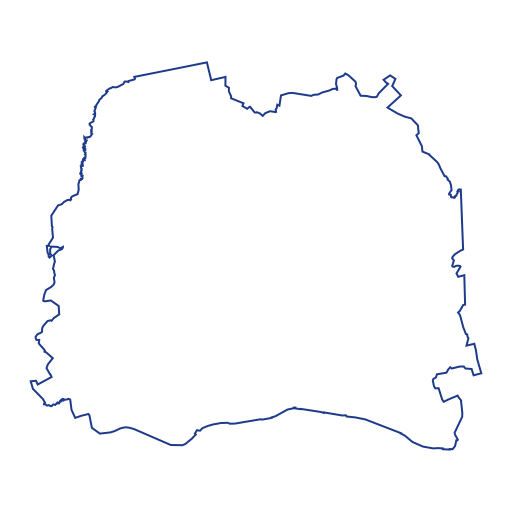 Remtes pag., Brocenu, Latvia (orthographic projection)
{"feature_id": "27541924B53192236746311", "entity_name": "Remtes pag.", "entity_type": "district", "adm_level": 2, "iso_a3": "LVA", "parent_name": "Latvia", "parent_adm1": "Brocenu", "projection": "orthographic", "projection_center": [22.675, 56.753], "detail": "fine", "context": "isolated", "style": "outline", "palette": "blue", "viewbox_px": 512, "rotation_deg": 0, "n_neighbors": 0, "source": "geoboundaries", "source_scale": "gbopen_adm2", "svg_char_len": 5803}
<svg xmlns="http://www.w3.org/2000/svg" viewBox="0 0 512 512"><path d="M46.0,290.1L44.3,294.7L43.2,300.5L43.5,301.0L44.8,301.3L50.9,300.5L58.7,306.0L59.2,314.4L53.6,318.2L51.6,320.8L50.3,320.3L47.5,321.1L43.3,325.9L42.5,327.4L42.1,328.7L42.1,331.3L41.8,332.2L37.5,334.3L35.6,336.8L35.7,338.0L36.1,339.5L37.1,340.0L39.2,339.9L39.1,341.6L38.7,343.0L38.9,343.6L44.2,349.6L45.0,350.9L44.5,351.7L46.3,352.5L52.8,358.2L47.9,364.3L46.5,368.1L50.0,374.2L50.3,374.2L51.6,377.0L37.7,384.5L36.0,380.8L30.7,381.3L32.9,388.8L42.9,399.0L45.0,402.7L44.0,403.8L44.0,404.3L45.4,404.4L47.0,405.6L48.8,405.1L50.8,406.2L52.0,405.9L52.4,405.2L53.3,404.4L55.3,404.9L57.6,402.4L58.0,402.5L57.8,403.4L59.0,403.4L60.1,401.7L61.1,401.4L60.6,400.7L61.5,400.5L61.3,399.7L62.7,398.9L63.2,399.0L62.9,399.6L63.7,400.4L64.2,399.9L67.9,399.2L68.3,398.8L70.2,399.5L71.5,409.8L75.2,417.9L81.2,415.8L88.4,414.0L89.4,415.2L91.9,427.9L99.9,433.6L110.4,432.4L114.4,431.2L120.1,428.5L123.0,427.7L125.8,427.3L128.8,427.6L133.9,429.0L170.8,445.0L182.3,445.2L185.2,444.1L191.9,438.6L195.8,434.5L194.9,433.6L197.0,430.2L200.0,430.7L202.4,428.2L207.7,426.0L212.8,424.5L221.1,423.0L227.9,422.8L229.6,423.7L234.9,423.6L260.3,419.3L262.3,419.6L271.7,417.9L271.6,417.4L275.3,416.3L287.6,409.5L293.6,408.3L293.7,407.6L295.3,407.6L295.2,408.4L300.8,409.2L300.9,408.9L320.9,412.0L323.8,412.9L323.8,412.4L342.4,415.5L345.9,415.3L346.6,416.5L355.2,417.4L365.3,419.4L401.0,433.2L400.8,433.5L404.8,435.6L412.5,442.0L423.0,446.6L433.3,448.4L438.4,448.1L442.8,448.4L442.8,449.2L449.7,449.6L449.7,449.0L452.6,449.2L455.1,446.0L456.3,440.4L457.5,440.3L457.8,439.6L455.1,434.8L454.6,432.7L462.2,416.8L462.3,412.7L461.0,400.7L461.1,400.4L458.6,397.4L457.6,395.6L448.1,399.6L443.8,401.8L442.2,399.6L438.6,388.2L435.3,388.4L434.0,386.3L432.8,380.5L433.4,378.9L436.0,377.4L436.9,374.3L446.4,372.7L448.3,369.4L450.2,367.3L451.8,368.5L459.9,366.5L463.8,366.5L465.4,368.5L471.6,369.0L473.6,375.3L481.3,373.3L477.2,359.2L476.0,350.5L474.3,343.8L466.5,345.6L468.4,338.3L467.6,336.9L467.2,334.4L465.9,334.0L463.3,327.4L460.3,316.2L459.6,314.5L458.1,312.5L459.7,311.1L463.2,305.0L465.1,304.6L464.3,275.2L458.2,276.8L456.5,273.4L460.5,266.7L460.0,266.0L458.2,265.7L456.1,265.8L454.3,266.9L452.7,266.6L452.2,265.9L453.9,260.5L452.1,258.2L452.8,256.6L455.1,254.1L460.4,250.7L463.1,249.5L460.8,189.5L458.8,189.4L458.0,190.2L458.6,191.4L457.4,191.7L457.6,192.5L457.5,193.1L456.4,194.8L456.3,195.7L455.1,196.1L454.9,197.5L454.1,197.9L453.3,197.2L451.9,197.4L451.1,197.0L450.8,194.8L449.1,194.5L449.1,193.7L450.2,191.9L451.6,190.1L450.9,184.9L449.8,181.6L447.6,179.6L447.8,178.7L445.9,176.2L444.6,176.2L440.5,168.5L438.6,164.1L437.2,162.1L429.2,154.7L429.3,154.4L422.5,151.6L421.8,146.0L416.4,135.3L418.8,133.1L418.2,129.3L418.1,126.5L417.8,125.2L411.3,118.4L404.9,116.7L397.9,113.7L387.5,107.6L400.9,95.4L392.2,86.1L395.4,78.9L390.1,75.4L383.6,79.8L386.0,82.5L388.1,83.8L378.8,93.2L376.9,96.6L376.0,97.1L372.3,97.2L366.6,96.0L360.6,95.7L355.5,86.1L356.1,84.0L355.5,81.7L348.7,75.5L345.3,73.5L343.5,75.6L337.1,78.0L336.5,79.4L336.0,84.1L337.1,87.6L337.2,89.8L336.8,89.8L335.6,88.6L332.6,89.0L329.4,90.5L322.4,92.4L318.2,94.5L313.6,94.8L311.3,95.9L292.5,92.9L288.4,93.2L281.0,95.4L279.4,105.7L277.3,104.7L276.7,108.2L275.7,109.4L276.1,111.9L275.7,112.1L270.1,111.2L265.3,113.1L262.7,115.9L259.7,113.3L256.7,112.2L256.1,112.6L254.6,112.4L250.1,106.8L249.5,106.9L247.2,108.8L242.4,106.0L243.5,103.3L231.1,98.3L231.1,96.3L228.9,91.4L228.9,87.7L225.4,85.7L225.5,76.9L211.2,80.2L206.9,62.4L134.3,76.9L135.0,78.5L134.6,79.4L128.6,81.0L128.3,81.3L128.3,82.0L126.8,81.5L124.8,81.5L124.3,82.0L123.3,84.0L117.6,87.0L115.2,87.4L112.8,87.0L110.6,88.3L109.8,88.3L106.3,90.8L106.1,91.2L106.3,91.6L107.3,91.8L105.5,94.1L103.2,95.9L102.6,96.0L101.5,98.0L99.3,99.9L99.0,101.1L96.3,105.1L96.1,106.3L95.7,106.1L94.8,106.9L95.5,108.3L95.1,109.6L94.6,110.1L94.7,111.1L94.5,111.6L94.8,111.8L95.2,113.2L95.1,113.6L93.9,114.3L95.1,115.0L94.9,115.9L95.0,116.5L94.3,117.2L93.8,118.9L93.2,119.5L93.5,120.3L93.4,121.3L89.6,123.5L89.8,124.2L89.7,124.9L91.9,127.2L91.8,129.0L91.1,129.9L91.7,130.5L91.3,131.3L91.6,131.7L91.2,132.1L91.5,132.5L91.4,133.3L92.1,133.9L91.4,134.4L91.4,135.1L89.9,136.9L88.9,137.2L88.2,137.0L87.4,137.7L86.8,137.4L84.8,137.7L84.3,137.2L84.4,138.6L85.0,139.1L84.8,139.6L86.7,140.4L86.0,141.7L85.2,141.6L85.1,142.0L85.8,142.5L85.7,143.2L85.0,143.1L84.7,143.7L83.8,143.5L83.3,144.2L83.8,145.2L85.1,146.4L84.9,147.0L83.6,146.5L83.5,147.0L82.9,147.4L83.0,147.8L83.7,148.3L83.7,149.2L84.1,148.9L85.3,149.0L85.3,149.7L84.9,149.6L84.7,150.3L84.1,150.8L84.7,152.1L85.5,152.5L85.5,154.0L85.1,154.3L85.6,154.7L85.4,155.3L85.6,156.7L84.4,157.8L85.3,157.9L85.3,158.3L84.2,158.8L84.6,160.0L83.0,159.8L82.9,160.3L83.4,160.4L83.1,160.9L83.2,161.4L82.8,161.9L82.0,161.8L81.7,162.1L82.6,163.3L82.5,164.0L81.4,164.3L81.4,164.8L82.8,165.3L82.9,165.8L80.9,166.3L81.1,166.7L80.9,167.8L81.7,168.6L81.3,169.9L81.7,170.3L81.1,171.1L81.2,171.7L81.0,172.0L81.4,172.7L80.3,173.1L80.2,173.7L80.6,174.0L81.0,173.4L81.5,173.5L81.2,174.1L81.2,175.2L81.4,175.5L81.8,175.2L82.4,175.5L81.8,176.3L82.4,176.5L82.5,178.2L82.1,179.0L80.8,178.8L80.8,179.9L79.5,180.2L79.3,180.7L79.2,181.7L78.4,184.1L78.7,189.7L77.6,194.1L72.1,196.4L71.1,197.6L70.9,198.6L71.1,199.4L70.4,200.3L69.4,199.8L67.2,200.1L63.9,202.0L62.2,203.8L60.9,204.6L58.1,205.3L51.3,215.7L51.9,226.3L52.5,227.0L52.2,229.0L53.0,237.6L48.5,244.8L49.2,245.9L46.8,246.0L47.6,252.5L48.6,254.8L48.7,256.7L49.6,257.6L51.9,255.5L50.3,254.1L50.1,251.6L50.2,249.2L51.4,246.6L57.3,246.9L60.6,248.3L62.9,246.9L62.9,247.5L62.1,249.0L58.1,250.7L54.0,254.8L53.8,256.0L54.9,261.7L54.2,263.5L53.0,268.8L54.1,270.9L54.4,273.4L54.9,274.7L54.8,275.5L54.0,277.4L53.9,278.7L54.5,281.6L54.4,282.9L53.6,284.6L51.5,286.7L46.0,290.1Z" fill="none" stroke="#1e3a8a" stroke-width="2"/></svg>